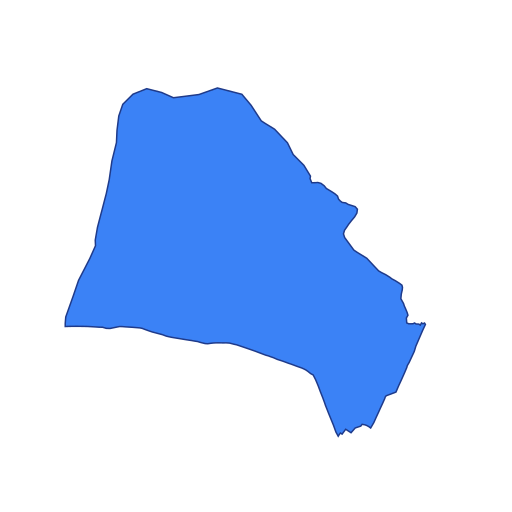 Debubawi Mierab, Maekel, Eritrea (orthographic projection), rotated 114°
{"feature_id": "51966322B83108029246772", "entity_name": "Debubawi Mierab", "entity_type": "district", "adm_level": 2, "iso_a3": "ERI", "parent_name": "Eritrea", "parent_adm1": "Maekel", "projection": "orthographic", "projection_center": [38.916, 15.31], "detail": "fine", "context": "isolated", "style": "filled", "palette": "blue", "viewbox_px": 512, "rotation_deg": 114, "n_neighbors": 0, "source": "geoboundaries", "source_scale": "gbopen_adm2", "svg_char_len": 2610}
<svg xmlns="http://www.w3.org/2000/svg" viewBox="0 0 512 512"><g transform="rotate(114 256 256)"><path d="M145.0,395.8L145.0,401.3L145.0,408.7L147.6,423.9L158.2,434.2L171.6,439.4L183.9,438.3L197.7,434.1L209.2,429.6L227.7,426.3L246.1,421.1L260.1,418.1L265.1,417.3L276.5,415.4L280.9,414.7L294.2,412.5L306.9,409.3L311.9,406.8L325.9,406.8L350.4,408.2L367.0,406.7L389.1,405.0L395.1,402.9L398.0,401.6L396.5,398.5L395.0,395.3L392.8,390.4L390.6,385.3L389.0,381.5L388.0,378.9L386.2,374.1L384.8,370.3L383.5,367.2L383.0,363.4L381.6,359.9L377.5,354.2L375.9,351.9L374.9,349.5L373.7,346.1L371.5,340.2L368.9,332.8L368.4,330.5L368.3,328.3L368.0,324.1L367.6,319.8L365.9,309.3L365.7,305.5L365.3,303.3L364.6,300.0L363.2,294.6L362.3,291.2L361.4,287.7L360.1,282.9L359.4,280.4L358.6,277.1L357.9,274.6L357.5,271.3L356.7,266.9L355.8,264.4L354.0,261.6L352.9,259.7L351.7,257.4L350.2,254.1L348.6,250.3L347.5,248.0L346.3,244.7L345.5,239.9L345.0,237.6L343.9,225.6L343.3,218.4L342.8,209.6L342.6,206.5L342.2,204.1L342.1,201.9L341.8,198.8L341.8,194.6L341.2,189.1L341.0,186.3L340.8,182.9L340.5,180.0L340.3,176.9L340.2,175.0L340.0,172.3L339.7,168.8L339.7,166.6L339.8,164.3L340.3,161.6L341.2,158.3L341.4,155.4L344.7,151.3L347.3,148.5L349.5,146.2L353.9,141.9L358.2,137.5L362.0,133.8L364.2,131.8L368.3,127.6L369.9,126.0L379.0,116.5L384.3,111.4L387.2,107.6L385.1,107.3L383.4,106.9L383.7,104.9L377.8,103.6L378.8,97.3L372.7,95.4L368.8,91.1L366.6,90.6L365.9,87.7L365.8,85.9L366.0,83.5L366.5,81.3L360.2,80.6L354.6,80.6L348.1,80.5L344.8,80.5L338.8,80.4L333.9,80.4L332.3,80.6L330.7,80.2L323.4,72.8L316.2,72.9L310.3,72.8L303.9,72.8L302.0,72.8L296.5,72.9L294.6,73.2L290.9,72.8L278.9,72.6L276.4,72.9L273.4,73.3L256.2,73.5L249.6,73.4L248.7,74.8L250.0,75.9L249.8,77.6L252.3,77.8L252.0,79.6L253.0,82.1L252.7,83.9L254.0,85.0L254.9,86.8L255.8,88.9L255.8,91.1L251.5,93.4L248.3,93.1L246.1,95.0L244.2,97.0L242.9,98.4L241.4,100.1L239.4,101.9L236.1,106.3L231.6,107.8L227.5,108.6L225.1,109.4L223.3,110.8L222.6,113.8L221.9,118.7L221.6,122.7L221.0,125.0L220.3,129.9L220.1,134.7L219.7,138.0L213.0,153.9L211.5,165.1L210.8,169.0L203.1,182.5L200.2,185.1L196.4,185.6L193.0,184.9L189.4,184.3L185.0,183.2L180.1,181.8L175.7,181.3L172.0,182.4L170.6,185.5L170.9,188.7L171.4,192.8L171.0,195.6L172.0,199.1L171.5,201.3L170.5,203.7L168.1,205.9L167.1,209.1L166.5,212.7L166.0,216.7L165.7,219.2L164.1,222.3L163.2,226.2L163.7,229.4L165.0,231.8L166.4,234.9L163.3,238.1L160.9,238.7L153.7,249.1L148.2,263.3L139.8,273.3L132.6,290.6L131.1,301.9L130.4,306.2L120.3,321.8L114.0,334.7L118.2,359.6L131.7,373.8L141.4,389.8L145.0,395.8Z" fill="#3b82f6" stroke="#1e3a8a" stroke-width="1.5"/></g></svg>